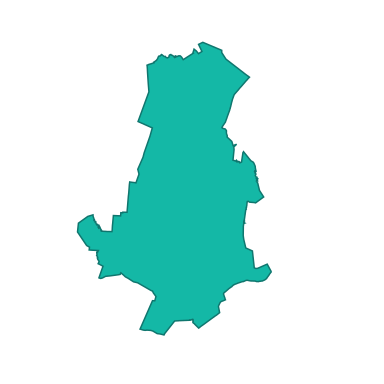 Tila, Chiapas, Mexico (Natural Earth projection), rotated 197°
{"feature_id": "50627088B70545880619919", "entity_name": "Tila", "entity_type": "district", "adm_level": 2, "iso_a3": "MEX", "parent_name": "Mexico", "parent_adm1": "Chiapas", "projection": "natural_earth1", "projection_center": [-92.515, 17.37], "detail": "fine", "context": "isolated", "style": "filled", "palette": "teal", "viewbox_px": 384, "rotation_deg": 197, "n_neighbors": 0, "source": "geoboundaries", "source_scale": "gbopen_adm2", "svg_char_len": 5876}
<svg xmlns="http://www.w3.org/2000/svg" viewBox="0 0 384 384"><g transform="rotate(197 192 192)"><path d="M272.1,300.1L271.6,299.1L270.6,296.5L269.5,293.4L265.3,282.3L262.5,275.2L264.2,243.6L248.7,241.7L248.5,233.0L249.2,215.5L249.0,210.9L249.1,210.0L250.5,197.9L247.9,193.6L248.3,184.3L249.1,184.3L251.8,183.8L254.5,183.4L254.2,181.6L254.0,180.5L252.3,173.0L252.1,171.9L252.0,171.5L251.7,169.7L249.1,157.8L248.2,153.6L252.2,152.5L252.1,151.9L254.0,151.4L253.3,148.3L259.1,146.8L260.3,146.5L258.6,138.4L258.4,137.2L257.9,135.1L257.1,131.9L257.0,130.7L259.9,129.9L261.8,129.3L262.6,129.2L267.3,128.0L267.6,128.5L267.8,128.7L267.3,128.9L269.4,130.6L269.2,130.7L269.7,131.3L270.6,130.1L271.5,131.0L270.6,132.2L271.4,133.0L271.9,132.3L272.9,133.4L273.6,132.8L274.7,134.1L275.3,135.3L275.8,134.9L277.1,136.8L277.5,136.4L277.9,137.6L278.4,138.4L279.4,139.7L280.0,141.2L284.5,138.2L291.5,129.0L289.8,120.3L277.1,110.0L273.9,109.3L273.4,106.5L269.9,107.3L264.4,108.7L264.6,107.5L264.8,107.7L265.3,107.3L265.0,106.6L265.4,106.3L265.0,105.3L264.8,105.1L264.5,104.1L264.7,103.6L263.0,101.9L262.9,101.4L263.2,101.2L262.5,100.1L261.9,99.6L260.5,98.4L260.8,96.0L258.8,95.7L255.4,95.0L255.9,82.7L254.5,82.6L253.9,82.7L253.2,83.2L252.5,83.6L250.0,86.1L245.7,87.9L240.9,90.1L237.9,91.5L236.6,92.2L236.4,93.9L233.3,92.6L230.9,91.4L227.9,90.8L225.8,90.2L221.6,89.0L217.5,89.3L201.8,85.7L200.8,85.8L199.7,84.5L199.7,84.4L195.9,81.5L195.8,77.1L198.0,76.5L201.6,45.7L198.4,45.7L197.1,45.9L196.4,46.0L195.4,46.4L194.9,46.7L190.9,47.6L188.8,47.6L183.9,46.4L181.0,46.9L177.0,47.1L176.8,47.3L176.8,47.8L177.0,47.9L170.9,63.5L169.0,64.3L167.9,64.7L167.7,64.7L167.2,65.0L163.5,66.3L156.4,68.8L156.5,69.0L156.3,69.0L156.1,69.3L155.2,69.5L155.0,69.9L154.0,70.5L153.8,70.4L153.6,70.1L153.4,69.3L153.4,69.1L153.5,68.9L153.4,68.8L153.1,68.8L153.0,68.7L153.1,68.2L153.1,67.9L153.0,67.5L152.8,67.3L151.5,66.8L151.0,66.7L150.9,66.5L150.8,66.4L145.8,63.8L145.0,64.9L144.4,65.9L142.2,68.7L134.0,79.7L132.5,81.5L130.3,84.7L133.2,90.1L133.3,90.8L133.1,92.4L132.7,94.7L132.2,95.6L131.7,96.1L130.1,97.3L128.5,98.7L129.0,99.3L129.9,100.7L130.7,101.7L131.7,103.2L131.9,103.4L132.1,104.0L132.1,104.3L132.0,104.7L131.8,105.0L131.7,105.4L130.8,106.5L130.3,107.4L130.1,107.7L129.6,108.5L128.7,110.0L128.1,110.9L127.4,111.7L127.2,112.1L126.5,112.8L126.2,113.2L126.1,113.6L125.7,114.3L125.5,114.6L125.0,115.5L124.5,115.7L124.3,116.0L123.4,116.8L122.6,117.3L121.6,118.2L119.6,119.6L118.4,120.5L117.2,121.2L116.9,121.2L115.9,122.0L115.6,122.3L115.2,122.6L115.1,122.8L114.7,123.1L114.4,123.2L113.7,123.7L110.8,124.0L109.9,124.1L105.5,125.3L104.3,125.2L103.4,125.4L102.3,125.7L101.4,126.3L100.6,126.6L99.2,127.3L98.8,127.4L96.7,129.2L96.4,129.6L95.8,130.4L95.4,131.0L95.0,132.5L94.1,135.0L93.8,136.3L93.7,136.5L93.2,137.9L93.0,138.3L92.8,138.9L92.7,138.8L99.0,145.0L106.9,138.2L108.6,137.5L110.3,137.7L117.0,153.3L124.2,154.2L128.6,161.7L130.3,165.4L132.9,174.3L133.3,177.0L132.4,177.7L133.0,177.8L133.5,177.6L133.7,178.2L133.6,178.3L133.4,178.6L133.9,179.0L133.9,179.6L133.7,179.4L133.7,179.7L133.4,179.8L133.6,180.2L133.8,180.7L135.4,190.7L135.2,190.9L135.1,191.2L135.3,191.3L135.4,192.5L135.6,192.7L135.4,193.2L135.5,193.7L135.6,194.0L135.6,194.8L136.4,198.6L136.3,199.1L135.9,199.2L135.3,199.6L134.1,199.1L129.4,200.1L128.0,200.2L122.0,208.2L127.9,213.2L131.8,219.8L132.6,220.3L133.1,221.5L132.8,221.7L133.2,221.8L133.1,222.8L133.5,222.4L133.4,223.3L133.8,223.0L134.0,223.3L134.3,223.5L134.1,223.7L134.2,223.8L134.0,224.1L133.7,224.4L134.3,225.1L134.5,224.9L134.9,224.9L136.3,226.2L136.2,227.0L136.1,227.6L136.1,227.8L136.4,228.0L136.7,228.0L136.8,228.1L136.7,228.2L137.0,228.5L136.8,228.8L136.9,229.0L137.3,229.1L138.0,229.6L137.7,229.9L137.9,230.5L138.0,230.5L138.1,230.8L137.8,231.2L137.5,231.1L137.7,230.7L137.3,230.2L136.8,230.6L137.4,231.5L138.0,232.7L138.5,233.5L138.7,234.2L139.1,235.1L139.5,235.6L141.3,237.7L142.1,238.4L143.6,238.8L144.6,239.0L145.1,239.3L147.6,240.9L148.7,241.7L154.5,245.6L154.6,245.0L154.8,244.7L153.4,235.1L154.7,233.9L155.4,234.7L155.7,234.6L155.8,234.5L156.3,234.5L156.4,234.8L157.2,234.4L157.3,234.4L157.5,234.3L157.6,234.0L157.9,233.9L158.1,234.0L157.9,234.8L158.8,235.4L159.2,234.4L162.1,234.4L164.2,244.9L165.2,247.3L163.3,250.7L166.3,248.4L168.7,252.0L174.3,254.7L174.5,254.9L174.6,255.3L174.6,255.6L174.9,256.4L175.2,256.8L175.9,257.5L176.0,257.9L176.4,258.7L176.6,259.2L176.7,259.8L176.8,260.1L177.0,260.3L177.1,260.9L178.8,262.0L179.6,261.9L181.3,261.9L181.8,262.0L182.2,262.4L181.9,264.1L180.5,268.6L180.5,269.3L180.4,271.2L180.3,272.8L180.3,273.3L180.3,274.0L179.9,281.5L180.0,282.8L179.9,283.2L180.0,283.4L180.0,284.8L180.3,289.5L180.3,290.5L180.4,292.2L180.2,296.2L180.1,297.5L179.5,298.9L177.4,303.6L176.6,305.6L175.8,307.2L172.9,313.8L172.4,314.8L171.8,316.0L171.8,316.3L170.6,318.6L175.2,320.2L198.4,329.0L204.3,334.0L205.0,336.2L225.4,338.3L228.9,335.1L223.6,329.3L226.2,326.2L229.2,328.2L231.8,329.2L231.8,325.4L231.3,325.2L239.1,316.0L241.2,317.8L242.8,318.7L243.3,318.7L244.3,318.4L244.8,318.2L245.1,318.0L245.1,317.8L245.4,317.5L245.8,317.2L246.1,317.1L247.1,317.3L248.4,317.3L247.8,317.0L247.6,316.6L247.0,316.3L247.8,315.5L250.2,316.8L250.7,316.9L251.1,316.9L251.6,316.8L251.8,316.9L252.2,317.2L252.4,317.3L252.5,317.2L253.0,316.9L253.3,316.7L253.4,316.3L253.6,316.2L253.7,315.8L253.7,315.3L253.5,314.7L253.5,314.4L253.6,314.2L254.0,313.9L254.1,313.7L254.6,313.1L254.9,313.0L255.3,313.1L255.6,313.1L255.9,313.0L256.3,313.1L256.9,313.7L257.3,313.9L257.9,313.5L258.2,313.5L258.4,313.5L259.1,313.8L260.0,314.1L260.4,314.4L260.6,314.4L260.9,314.2L261.4,314.5L261.6,314.2L261.3,313.9L261.9,313.4L262.2,312.8L262.6,312.5L263.2,312.5L263.3,312.4L263.5,312.1L263.7,311.6L263.9,309.3L264.3,308.1L264.5,307.8L264.5,307.5L265.5,306.2L266.2,305.3L266.5,305.0L266.1,304.5L268.7,302.6L270.7,301.3L270.7,301.2L272.1,300.1Z" fill="#14b8a6" stroke="#0f766e" stroke-width="1.5"/></g></svg>